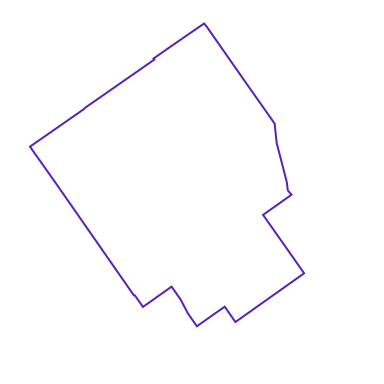 Socorro, New Mexico, United States of America (Equal Earth projection), rotated 55°
{"feature_id": "52423323B71844898406076", "entity_name": "Socorro", "entity_type": "district", "adm_level": 2, "iso_a3": "USA", "parent_name": "United States of America", "parent_adm1": "New Mexico", "projection": "equal_earth", "projection_center": [-106.775, 34.028], "detail": "fine", "context": "isolated", "style": "outline", "palette": "violet", "viewbox_px": 384, "rotation_deg": 55, "n_neighbors": 0, "source": "geoboundaries", "source_scale": "gbopen_adm2", "svg_char_len": 545}
<svg xmlns="http://www.w3.org/2000/svg" viewBox="0 0 384 384"><g transform="rotate(55 192 192)"><path d="M251.3,112.1L245.6,112.6L238.5,108.8L229.8,105.5L200.1,94.4L199.4,94.0L195.8,92.0L183.5,85.1L163.5,85.1L137.1,85.2L65.8,85.1L60.9,85.4L60.6,127.4L60.6,146.9L61.9,146.9L61.7,231.0L62.1,233.7L61.9,298.7L107.2,298.5L243.2,298.9L243.9,298.1L258.0,298.1L257.8,263.0L273.3,263.0L289.3,265.0L304.8,265.0L304.7,246.0L304.7,231.0L323.4,231.0L322.9,146.8L297.3,146.8L251.5,146.9L251.3,112.1Z" fill="none" stroke="#5b21b6" stroke-width="2"/></g></svg>